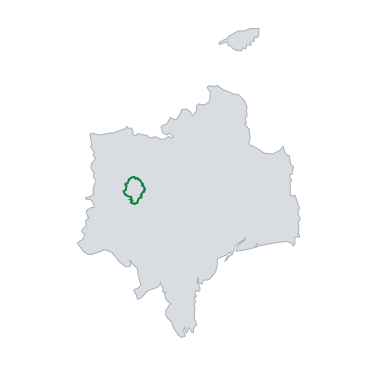 France, with Aube highlighted, rotated 247°
{"feature_id": "FRA-5270", "entity_name": "Aube", "entity_type": "Metropolitan department", "adm_level": 1, "iso_a3": "FRA", "parent_name": "France", "parent_adm1": "", "projection": "albers", "projection_center": [4.051, 48.317], "detail": "fine", "context": "in_parent", "style": "outline", "palette": "green", "viewbox_px": 384, "rotation_deg": 247, "n_neighbors": 0, "source": "natural_earth", "source_scale": "10m", "svg_char_len": 5934}
<svg xmlns="http://www.w3.org/2000/svg" viewBox="0 0 384 384"><g transform="rotate(247 192 192)"><path d="M277.8,157.1L275.7,158.4L274.5,160.8L273.2,161.5L270.7,161.6L269.4,160.2L266.5,161.2L265.4,162.8L267.2,164.6L261.6,172.6L257.9,174.8L257.2,179.9L252.8,183.8L251.2,187.8L251.1,188.6L252.3,189.9L251.9,192.5L249.6,194.3L249.7,195.9L250.3,196.1L253.8,194.7L255.1,193.1L254.3,191.0L257.8,188.4L264.1,188.8L264.9,192.2L264.2,195.1L269.0,201.2L265.2,204.3L265.0,206.2L269.3,212.4L272.0,214.9L270.8,219.1L266.5,222.0L263.7,221.9L262.5,222.6L262.7,223.9L264.8,227.7L269.6,230.0L270.4,232.9L269.1,233.9L267.1,238.4L268.1,240.5L267.8,241.5L268.3,242.9L269.7,244.3L276.4,247.8L282.4,246.8L283.3,248.9L279.8,254.8L280.2,257.3L278.3,257.5L278.0,258.3L274.3,260.4L268.5,266.4L265.8,268.2L264.7,271.2L263.1,272.9L254.5,276.4L252.8,275.7L248.6,275.9L245.9,273.9L240.8,272.6L239.1,269.6L234.3,269.1L234.1,267.1L227.4,269.0L218.1,266.3L214.8,263.3L212.1,264.1L209.7,266.8L199.6,273.7L195.5,280.9L196.1,289.4L198.4,293.6L192.2,292.9L188.5,294.1L187.5,295.8L178.8,293.5L175.5,295.2L174.6,295.1L173.5,293.3L169.2,291.1L169.9,289.8L169.4,288.5L165.4,287.4L163.9,288.5L162.5,286.0L151.3,281.7L149.5,281.7L148.6,285.5L141.3,285.1L140.3,284.3L135.6,284.9L130.8,281.0L125.2,281.4L122.0,277.5L118.7,277.0L114.2,274.9L112.2,273.7L112.0,272.6L110.5,274.2L108.8,273.7L108.5,273.2L109.7,271.2L110.1,268.8L104.5,266.7L103.1,264.9L103.1,263.9L106.3,263.4L109.3,260.3L112.8,248.6L115.7,234.6L117.2,232.1L119.0,231.4L117.7,229.4L115.9,231.8L117.8,219.0L120.4,209.4L124.9,213.7L125.8,215.5L126.9,221.4L129.4,223.9L127.8,221.5L126.6,213.7L125.7,211.4L118.6,204.5L118.5,203.0L121.7,204.0L120.7,199.1L120.6,189.0L116.2,187.6L109.4,182.8L105.1,174.7L104.8,171.8L106.3,168.8L105.4,166.8L103.4,165.3L105.2,162.8L106.7,162.6L111.6,164.5L107.7,161.7L100.9,162.0L98.3,160.9L98.0,159.1L100.0,156.9L97.9,155.2L94.1,155.3L93.7,154.6L94.9,153.0L94.0,152.3L90.9,152.7L89.1,152.0L87.7,149.9L82.7,149.0L81.7,147.8L75.0,144.9L67.8,144.5L66.2,140.5L62.0,138.1L63.0,137.0L67.5,136.4L68.4,135.4L65.4,133.5L64.5,131.8L70.4,132.1L67.9,130.1L62.2,129.6L61.8,127.3L62.8,125.0L66.3,123.3L74.6,121.9L80.6,122.4L85.0,120.2L89.2,119.9L93.0,121.5L97.8,128.6L102.3,126.1L108.6,126.7L109.8,128.5L111.7,125.6L113.0,127.4L120.8,127.4L119.1,126.1L117.8,123.2L118.3,112.8L114.9,105.0L114.2,102.1L114.6,99.8L119.1,100.6L122.9,99.8L124.7,100.7L124.8,105.6L126.2,108.5L136.7,110.0L142.7,111.9L148.0,109.4L152.8,108.4L153.2,107.8L150.5,107.9L148.0,106.6L147.7,105.3L149.2,101.5L156.7,97.7L167.5,94.6L170.3,92.3L173.5,88.1L172.9,87.0L173.7,75.4L175.4,71.6L179.4,69.0L189.6,66.4L190.8,70.1L190.7,72.2L193.3,75.6L194.6,76.6L199.1,74.9L201.2,78.0L201.8,81.4L207.2,82.9L208.7,87.4L209.7,86.4L213.1,86.6L214.7,87.0L216.8,88.9L216.2,91.6L217.2,92.9L216.2,95.4L216.9,96.5L223.1,96.4L225.0,95.3L225.8,92.8L227.7,91.3L228.4,91.8L227.3,96.4L228.1,97.6L228.6,100.9L231.0,101.1L235.6,103.7L239.6,108.0L244.4,107.2L248.2,109.5L252.1,108.1L255.8,109.4L257.2,110.6L260.8,116.6L263.4,115.3L265.4,115.9L266.0,117.7L273.1,116.4L274.5,118.0L275.9,118.6L285.1,120.5L285.3,122.7L280.4,129.6L278.6,139.0L277.1,142.3L276.7,144.8L277.2,146.4L277.0,148.9L276.2,155.0L276.9,156.8L277.8,157.1ZM319.6,280.2L319.4,284.1L321.0,286.7L322.2,297.7L319.7,303.2L319.6,309.7L316.4,317.6L310.5,314.6L308.6,312.8L310.0,309.8L306.6,308.4L307.2,305.5L306.8,304.1L304.4,304.1L304.2,303.4L305.8,301.1L305.7,299.7L303.4,298.1L302.9,296.7L304.9,294.8L303.9,293.3L302.7,293.0L305.2,287.9L307.1,286.2L311.4,284.5L313.1,282.6L316.1,283.4L316.6,282.9L317.0,274.9L318.0,274.7L319.0,275.7L319.6,280.2ZM119.3,199.6L118.5,201.8L116.0,197.7L115.7,195.5L119.3,199.6Z" fill="#d9dde1" stroke="#a8b0b8" stroke-width="1"/><path d="M217.3,129.2L219.2,129.4L219.4,129.4L219.5,129.6L219.6,129.9L219.6,130.1L219.6,130.7L219.5,131.5L219.6,131.8L223.0,134.0L223.2,133.9L223.9,133.5L224.3,133.4L225.5,133.9L225.6,134.2L225.5,134.6L225.4,134.9L225.0,135.5L225.1,136.0L225.7,136.4L226.4,137.3L227.0,137.8L227.4,138.4L227.5,138.5L228.2,138.8L228.3,138.8L228.3,139.1L228.2,139.3L228.2,139.6L228.3,139.9L228.5,140.0L229.0,142.6L229.0,142.8L228.9,143.0L228.7,143.3L228.6,144.0L228.5,144.5L228.4,144.9L228.1,145.1L227.2,144.8L226.9,144.8L226.6,144.9L226.3,145.1L226.1,145.8L226.5,146.7L226.1,147.2L225.6,147.5L225.4,147.6L225.2,147.6L224.6,147.4L224.4,147.5L224.1,147.6L223.8,147.9L223.7,148.1L223.7,148.3L223.7,148.5L223.4,148.8L219.6,149.3L218.9,149.9L218.7,149.9L218.4,149.6L218.1,149.2L217.8,148.7L217.7,148.6L217.6,148.8L217.6,149.1L217.6,149.3L217.4,149.5L217.3,149.4L217.1,149.2L216.7,149.1L216.4,149.3L216.3,149.6L216.1,149.6L215.9,149.6L215.6,149.6L215.2,149.5L214.9,149.5L214.7,149.8L214.4,149.9L214.2,149.9L214.0,149.7L213.8,149.7L213.7,149.7L213.0,149.7L212.6,149.7L212.4,149.6L212.2,149.2L212.2,148.5L212.2,148.3L212.1,148.2L211.9,148.2L211.6,148.3L211.4,148.3L211.0,148.1L210.9,148.0L210.9,147.9L211.0,147.8L211.3,147.7L211.3,147.3L210.1,145.1L209.8,144.7L209.5,144.5L209.5,144.3L209.4,144.1L209.3,143.9L209.2,143.7L208.9,143.6L208.7,143.8L208.6,144.0L208.3,144.1L208.0,144.1L207.7,143.9L207.2,143.4L206.6,143.1L206.6,142.9L207.0,142.5L207.1,142.3L207.1,142.2L207.0,141.6L207.0,141.3L207.0,141.1L206.9,140.8L206.7,140.5L205.6,139.0L205.3,138.7L205.0,138.5L204.5,138.2L204.2,138.1L203.9,138.2L203.7,137.8L203.7,137.6L203.7,137.3L203.4,137.0L203.3,136.8L203.3,136.5L203.5,136.1L203.5,135.9L203.3,135.5L203.3,135.4L203.4,135.2L203.8,134.9L203.8,134.7L203.6,134.4L203.5,134.2L203.9,133.9L204.1,133.9L204.4,133.8L204.5,133.7L204.7,133.4L204.8,132.9L205.1,132.4L205.9,131.7L206.4,131.7L206.9,132.7L207.4,132.7L207.5,133.4L207.6,133.7L207.9,133.5L208.3,133.3L208.6,133.3L208.8,133.2L209.0,132.9L209.0,133.0L209.4,133.6L209.5,133.7L210.2,133.9L211.0,134.0L211.3,134.1L211.4,133.4L211.5,133.1L211.6,132.9L212.0,132.7L214.1,130.6L214.3,130.5L214.5,130.5L214.9,130.4L215.3,129.7L215.6,129.6L215.9,129.7L217.3,129.2Z" fill="none" stroke="#15803d" stroke-width="2"/></g></svg>